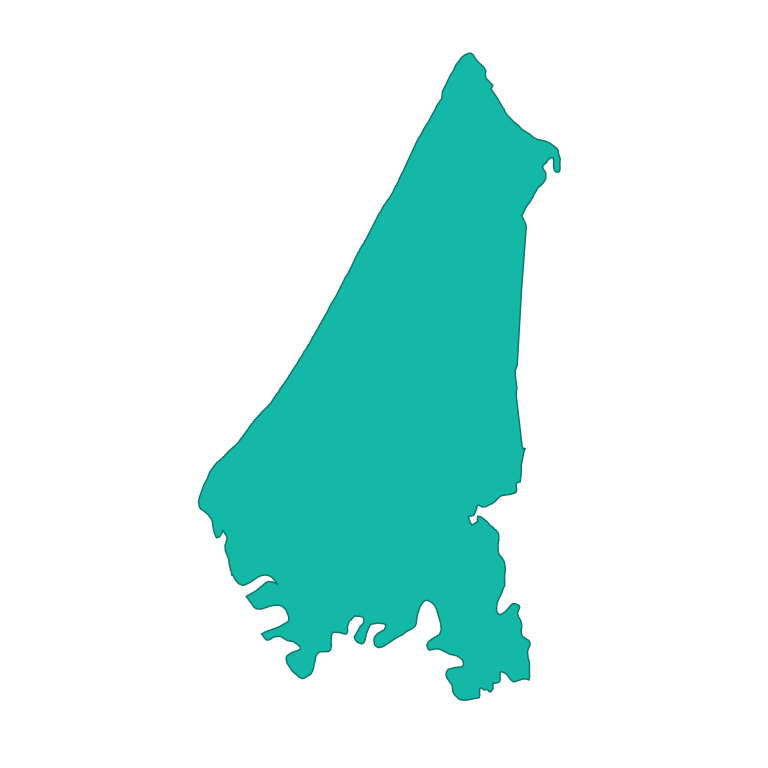 the district of Maquival, Zambezia, Mozambique, rotated 175°
{"feature_id": "85939544B65123265698186", "entity_name": "Maquival", "entity_type": "district", "adm_level": 2, "iso_a3": "MOZ", "parent_name": "Mozambique", "parent_adm1": "Zambezia", "projection": "robinson", "projection_center": [37.054, -17.825], "detail": "fine", "context": "isolated", "style": "filled", "palette": "teal", "viewbox_px": 768, "rotation_deg": 175, "n_neighbors": 0, "source": "geoboundaries", "source_scale": "gbopen_adm2", "svg_char_len": 6121}
<svg xmlns="http://www.w3.org/2000/svg" viewBox="0 0 768 768"><g transform="rotate(175 384 384)"><path d="M188.9,592.8L190.2,599.0L190.1,601.3L191.2,603.5L193.1,605.4L197.5,609.3L202.3,612.0L210.4,614.5L213.5,616.5L217.0,620.0L224.7,626.0L227.9,630.3L229.2,631.0L229.9,632.4L230.9,632.8L237.9,641.2L239.2,643.5L240.8,648.0L241.5,648.9L246.7,659.9L251.7,668.5L249.6,671.9L255.6,679.7L256.2,682.1L255.3,687.1L256.3,689.3L257.6,691.7L263.3,697.9L266.6,704.2L268.5,705.8L270.5,706.1L274.8,704.8L278.4,702.4L281.9,698.3L283.0,697.5L283.4,696.5L284.5,695.7L286.9,691.3L289.0,688.1L290.0,687.3L300.3,670.2L301.5,663.6L302.1,662.5L303.1,661.8L304.7,659.4L305.4,659.0L307.8,655.8L308.2,654.5L317.4,640.7L319.0,638.8L319.4,637.8L320.5,637.0L326.7,627.4L327.8,626.5L329.4,624.1L346.8,593.6L347.7,592.6L350.8,587.2L351.7,585.0L353.8,582.0L354.2,580.8L355.0,580.4L358.1,574.9L363.4,567.4L364.4,566.9L367.6,562.7L368.6,561.9L372.9,555.3L373.9,554.4L389.1,530.1L390.8,528.1L391.1,527.0L394.5,522.8L394.9,521.8L395.7,521.2L397.6,517.7L398.4,517.2L409.7,497.9L413.0,493.8L424.0,475.9L430.7,466.9L435.2,459.2L436.0,458.6L436.5,457.2L437.6,456.5L438.0,455.1L439.0,454.3L440.8,451.0L441.8,450.3L442.1,449.0L442.9,448.5L445.4,444.3L447.8,441.5L448.2,440.2L450.5,437.5L455.1,430.1L456.1,429.5L458.1,426.2L461.0,423.0L462.3,420.6L464.7,417.3L465.6,416.7L467.6,413.6L476.0,402.8L476.5,401.7L477.6,400.9L479.9,397.4L480.8,396.8L481.3,395.5L482.2,395.1L482.5,394.1L486.1,390.4L486.6,389.1L487.6,388.7L488.1,387.4L489.1,386.7L489.7,385.3L492.2,383.0L494.4,379.8L495.3,379.4L495.6,378.3L499.2,374.1L507.7,367.0L508.7,366.6L509.1,365.6L516.3,359.1L518.1,356.5L519.4,355.9L520.7,353.7L521.6,353.3L523.5,350.6L524.4,350.0L524.9,348.8L526.1,348.1L526.6,346.8L527.6,346.3L528.0,345.2L529.0,344.6L529.5,343.5L530.5,343.0L533.8,338.9L536.7,336.3L544.8,330.4L545.4,329.4L546.6,328.9L547.2,327.8L548.5,327.2L549.1,326.1L551.0,325.0L551.7,324.0L557.1,320.5L561.1,316.4L561.5,315.4L562.4,314.8L565.5,311.0L568.1,305.6L572.2,299.1L577.3,288.2L579.1,282.9L578.7,277.7L577.4,275.3L575.5,274.1L570.7,269.3L567.8,264.6L567.1,262.4L566.5,253.5L565.7,249.2L564.3,245.5L561.9,245.8L560.8,246.5L559.0,248.7L557.2,252.1L554.0,246.2L553.7,243.7L556.4,237.1L556.6,231.6L554.0,223.6L553.7,217.0L553.1,212.3L552.4,210.2L552.3,206.9L551.1,206.4L549.2,202.0L546.3,197.9L542.0,195.6L539.8,196.1L534.5,198.2L526.4,202.7L522.3,203.9L518.8,204.1L516.4,203.6L513.1,201.7L510.0,198.1L508.0,194.6L507.5,193.4L508.0,194.2L511.9,196.5L516.8,197.2L518.5,196.8L529.2,189.3L539.7,184.4L532.7,172.7L530.7,171.2L525.7,170.5L517.4,172.5L513.2,173.1L508.7,172.9L505.5,171.9L504.3,171.1L501.2,167.2L499.2,160.5L499.3,158.0L500.3,155.6L510.1,151.1L524.1,147.3L527.8,145.6L523.8,139.5L521.9,139.0L519.6,139.6L516.3,141.4L514.2,141.8L509.2,141.7L502.8,137.0L496.5,135.1L492.3,131.6L491.6,130.4L490.4,130.1L490.7,127.2L491.7,126.5L499.2,124.5L504.4,121.6L505.1,120.4L505.4,117.9L504.9,114.3L500.6,106.2L494.3,99.6L491.2,97.7L489.3,97.9L482.5,101.1L480.3,104.0L478.4,108.8L478.4,109.8L476.9,113.8L475.9,117.9L474.9,119.9L473.1,121.9L470.8,122.8L462.5,122.3L460.4,123.9L459.3,127.5L459.2,132.5L458.3,138.0L457.3,140.1L456.1,141.0L454.0,140.9L450.5,140.4L444.5,138.2L443.4,138.4L442.4,139.3L441.9,140.3L441.5,146.0L440.0,149.4L439.4,150.5L437.4,151.7L437.0,152.5L433.2,155.7L431.8,155.0L428.4,154.8L426.1,154.0L425.1,153.0L424.4,150.7L425.2,147.8L429.1,144.2L434.3,136.3L435.4,135.5L435.5,133.3L433.8,129.8L429.8,127.4L428.8,127.1L426.7,128.0L425.5,130.1L423.4,136.4L421.2,140.9L419.3,144.4L417.4,145.8L410.8,146.4L404.9,145.1L403.3,143.9L403.8,140.8L404.6,140.4L405.2,139.2L412.1,135.9L415.0,133.4L416.0,131.3L416.4,128.8L416.2,125.4L415.4,124.1L413.2,122.1L410.9,121.9L407.5,122.6L393.9,130.0L390.8,131.5L388.7,131.9L383.2,135.4L377.4,137.8L374.1,140.1L372.8,142.5L371.1,150.7L367.2,159.6L363.6,163.7L361.4,164.8L359.3,164.7L354.9,161.7L352.3,158.1L351.0,153.6L348.4,140.6L348.4,134.1L350.5,129.6L358.1,126.0L362.4,123.2L364.2,119.9L363.2,116.4L362.6,115.3L361.6,115.1L354.2,115.6L351.3,114.8L342.0,109.1L335.5,107.0L332.3,104.8L329.7,102.0L329.2,98.6L329.5,97.4L331.0,95.4L338.5,95.3L344.9,94.1L346.6,92.0L347.6,89.6L347.0,85.8L342.4,77.9L342.2,71.8L341.2,68.7L336.9,63.7L334.0,62.4L329.7,61.9L316.5,63.2L315.7,65.7L315.7,69.5L315.1,72.1L314.0,72.7L312.9,72.3L311.0,70.6L310.0,70.4L309.0,70.8L307.4,70.4L305.9,68.2L304.9,68.1L303.9,68.6L302.0,70.9L301.7,76.1L296.8,76.5L294.7,77.4L294.0,79.8L293.6,85.8L293.0,86.9L292.1,87.2L288.8,85.6L286.9,83.8L283.5,78.3L281.3,76.3L280.1,75.9L271.2,78.1L267.9,77.7L265.3,76.6L264.6,79.0L263.5,92.7L263.7,96.0L264.4,98.6L264.3,105.0L263.4,107.5L261.5,110.8L261.0,113.3L262.0,115.8L267.4,119.8L268.7,122.2L269.0,125.8L267.9,130.3L267.9,134.1L268.5,136.5L270.2,140.1L270.9,143.4L270.8,144.8L268.8,148.4L268.2,150.5L268.6,151.4L271.9,153.5L275.0,153.9L276.9,152.6L282.5,147.0L288.0,144.0L290.2,144.9L291.7,148.6L290.9,154.3L289.2,158.5L284.7,166.0L283.4,169.3L281.3,172.7L280.7,181.6L279.2,189.0L279.6,196.1L281.6,200.5L282.3,201.0L282.7,202.2L284.3,204.4L284.8,207.0L284.5,213.7L283.1,219.5L282.9,223.2L283.2,225.6L285.4,229.0L286.2,229.4L288.2,232.0L290.1,233.4L293.6,238.2L299.1,243.2L301.9,244.1L302.8,241.8L302.4,239.1L308.7,235.8L310.3,239.0L311.6,244.7L306.8,245.1L305.7,245.8L302.2,252.4L302.8,253.3L300.9,255.2L299.7,254.9L299.0,254.1L296.6,252.9L293.8,252.8L286.6,255.6L283.8,257.1L278.5,261.7L276.2,262.6L267.9,263.1L262.6,264.2L261.6,265.3L261.0,267.7L261.3,271.5L261.0,272.6L260.2,273.8L259.4,274.3L256.9,274.6L255.3,281.8L254.4,290.8L250.4,304.8L249.0,307.4L250.9,307.5L251.8,309.6L253.3,359.7L252.9,364.3L252.0,367.9L252.5,382.1L251.9,386.6L249.7,390.8L239.0,464.5L229.1,525.2L228.6,526.4L228.6,528.8L229.2,532.0L231.4,537.6L231.8,540.0L226.5,548.6L222.4,553.0L220.8,555.7L219.7,556.5L218.7,558.7L213.0,566.7L211.9,567.0L208.0,570.3L205.4,573.6L204.7,575.3L204.5,579.9L204.7,581.1L206.9,584.7L206.9,586.9L206.3,588.1L203.2,590.1L201.7,592.2L198.9,594.6L195.8,594.6L195.5,591.7L196.1,586.3L195.8,582.8L194.7,580.6L193.7,580.0L191.5,580.0L190.6,580.5L189.9,583.0L189.6,588.4L188.9,592.8Z" fill="#14b8a6" stroke="#0f766e" stroke-width="1.5"/></g></svg>